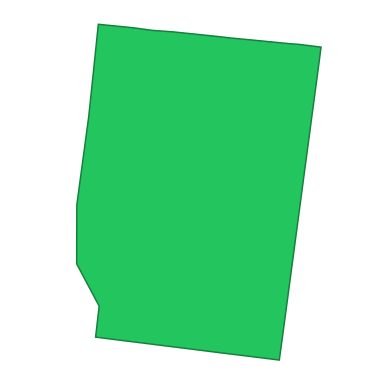 the district of Hardeman, Tennessee, United States of America, rotated 186°
{"feature_id": "52423323B34509746924407", "entity_name": "Hardeman", "entity_type": "district", "adm_level": 2, "iso_a3": "USA", "parent_name": "United States of America", "parent_adm1": "Tennessee", "projection": "equal_earth", "projection_center": [-88.961, 35.213], "detail": "fine", "context": "isolated", "style": "filled", "palette": "green", "viewbox_px": 384, "rotation_deg": 186, "n_neighbors": 0, "source": "geoboundaries", "source_scale": "gbopen_adm2", "svg_char_len": 425}
<svg xmlns="http://www.w3.org/2000/svg" viewBox="0 0 384 384"><g transform="rotate(186 192 192)"><path d="M305.2,167.2L299.2,108.5L272.4,68.8L272.7,37.6L244.7,37.0L143.9,35.0L87.6,34.0L86.8,59.7L79.1,337.1L78.8,349.6L101.3,350.0L111.0,349.7L172.2,349.2L177.3,349.3L227.3,349.3L248.1,348.6L267.7,349.2L282.9,349.1L302.7,349.0L302.6,300.5L302.6,255.5L305.2,167.2Z" fill="#22c55e" stroke="#15803d" stroke-width="1.5"/></g></svg>